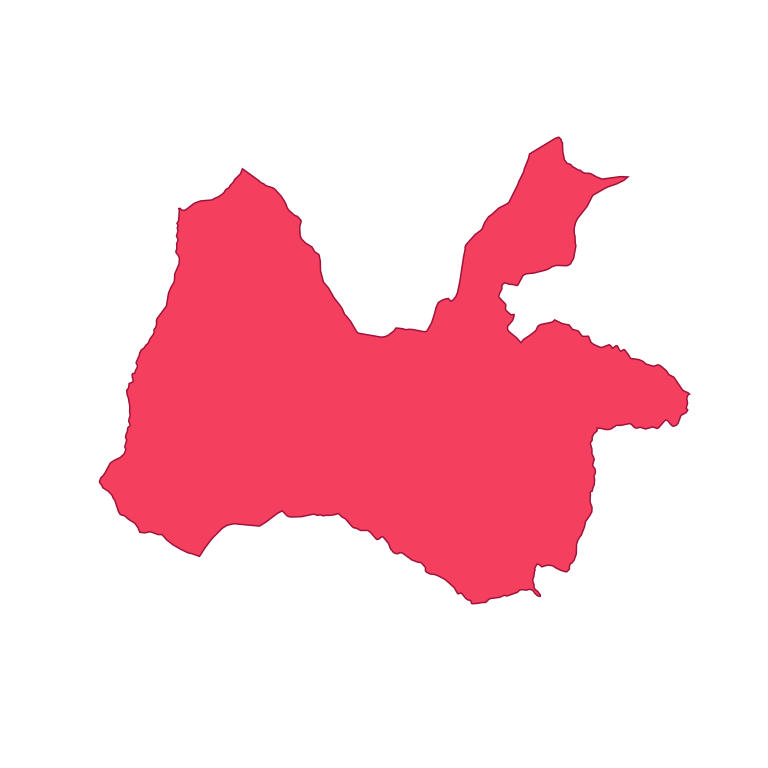 Atahualpa, El Oro, Ecuador (orthographic projection), rotated 169°
{"feature_id": "8360857B45777368126824", "entity_name": "Atahualpa", "entity_type": "district", "adm_level": 2, "iso_a3": "ECU", "parent_name": "Ecuador", "parent_adm1": "El Oro", "projection": "orthographic", "projection_center": [-79.756, -3.557], "detail": "fine", "context": "isolated", "style": "filled", "palette": "rose", "viewbox_px": 768, "rotation_deg": 169, "n_neighbors": 0, "source": "geoboundaries", "source_scale": "gbopen_adm2", "svg_char_len": 6157}
<svg xmlns="http://www.w3.org/2000/svg" viewBox="0 0 768 768"><g transform="rotate(169 384 384)"><path d="M334.0,150.8L330.1,150.8L325.7,150.2L322.7,152.3L320.7,153.1L311.2,152.5L306.2,153.7L304.3,152.6L303.3,152.5L293.0,154.0L289.9,155.9L287.1,155.6L283.4,154.4L280.7,154.8L278.3,153.7L277.0,152.4L275.7,149.5L274.4,147.7L273.4,146.6L271.3,145.7L270.8,146.5L270.9,147.3L272.9,151.4L274.5,153.1L275.3,154.6L275.5,156.3L275.0,158.8L275.6,161.2L275.3,163.7L273.7,166.3L272.3,170.7L271.1,172.8L271.4,174.1L268.2,178.0L266.3,177.2L263.9,174.4L258.1,175.0L253.2,173.5L250.4,170.7L246.4,167.6L241.3,164.9L240.1,164.9L237.3,166.9L236.8,169.6L235.9,171.3L235.0,172.1L233.4,172.6L230.8,175.1L227.6,180.6L225.6,189.8L223.8,193.2L221.1,196.5L219.4,197.7L214.5,205.4L212.5,210.4L207.1,215.6L204.4,218.8L203.3,223.4L204.1,227.8L203.9,230.7L202.5,235.7L202.4,237.6L201.9,238.7L200.0,239.2L198.8,242.2L196.9,244.9L195.5,249.9L195.5,253.7L193.8,255.7L193.2,257.5L193.1,260.4L194.8,264.0L193.2,268.0L192.1,269.4L192.3,272.3L193.2,275.7L192.3,280.6L192.8,286.0L192.4,287.1L190.3,289.2L189.8,292.0L187.7,294.9L183.7,297.4L183.3,300.1L179.2,298.9L174.7,296.9L171.8,296.4L169.4,296.7L163.8,299.1L159.5,298.2L150.6,298.3L149.1,297.5L146.4,293.5L144.7,292.5L140.6,292.6L135.8,289.9L128.4,290.6L124.4,288.2L122.7,288.7L115.4,294.4L113.7,294.8L112.5,293.8L110.0,289.1L108.6,287.6L107.7,287.3L104.9,287.7L102.7,289.5L98.5,296.5L93.0,298.2L91.0,300.1L90.9,301.0L92.1,302.4L89.7,307.1L89.5,312.4L87.9,315.0L86.7,315.8L86.1,315.8L87.3,317.5L90.7,319.7L92.2,321.4L98.1,335.3L102.7,339.0L104.3,343.2L108.5,348.4L110.1,350.0L111.6,350.6L115.7,349.9L122.8,353.4L125.6,356.9L129.1,359.3L137.1,362.1L138.3,365.7L141.3,371.8L142.6,372.0L144.8,371.0L145.6,371.1L146.5,372.6L147.5,376.5L148.2,377.2L149.3,377.2L152.7,375.4L154.3,378.5L155.6,379.6L163.0,378.3L164.7,378.8L168.4,381.2L171.5,383.7L172.8,385.4L174.2,391.9L179.9,392.8L181.0,394.3L182.8,398.5L184.2,399.6L188.5,401.6L191.1,406.7L197.3,409.1L204.3,414.4L205.8,413.2L207.9,412.6L218.6,412.5L220.7,412.0L222.3,411.0L224.1,408.2L225.9,406.8L231.9,403.8L238.6,401.1L241.6,398.4L245.3,404.4L250.7,410.8L252.3,413.7L251.7,417.0L245.8,421.7L243.7,425.1L243.0,427.4L246.3,427.8L250.1,432.9L250.5,434.2L249.4,438.0L249.5,439.3L254.8,447.5L253.7,450.2L250.1,454.9L249.5,458.2L247.4,460.0L245.4,460.0L242.4,458.2L237.9,456.8L234.7,455.3L233.8,455.5L227.5,463.2L226.1,464.3L223.5,465.0L215.7,464.3L203.5,465.0L200.3,465.6L196.9,467.0L192.4,467.6L182.0,465.2L178.9,465.8L177.4,467.0L173.8,471.4L169.3,482.9L169.3,486.1L168.3,492.9L168.5,495.0L167.7,500.4L165.2,505.8L162.7,509.3L150.8,519.5L143.2,529.3L129.9,533.9L125.8,534.9L117.6,536.0L109.7,538.1L105.1,540.7L111.1,542.2L114.4,542.6L130.7,543.5L135.8,546.7L140.6,550.8L142.4,551.7L146.7,552.6L148.8,554.1L150.4,556.3L152.4,556.9L157.8,561.8L158.8,563.8L162.3,565.8L164.1,569.7L164.2,577.8L162.8,586.7L163.6,588.8L163.5,590.2L165.3,592.9L168.6,592.6L197.2,582.1L199.2,577.7L205.1,568.6L206.6,565.4L213.3,556.6L214.5,554.3L226.5,538.8L228.5,537.5L237.7,534.8L247.0,529.2L249.4,528.3L254.3,523.4L258.1,517.6L259.8,516.3L265.8,513.5L277.0,505.0L278.3,502.9L278.6,500.8L281.6,493.7L289.9,470.4L294.4,459.7L297.0,455.9L299.6,453.7L302.1,452.5L302.9,452.9L304.5,455.7L306.7,455.8L310.1,455.4L315.1,453.7L318.2,449.3L321.3,442.7L325.6,435.0L331.7,427.8L334.1,427.5L345.7,432.1L349.3,433.0L352.0,433.1L355.4,434.8L361.5,436.7L364.3,434.1L370.9,430.9L374.4,430.2L377.7,430.5L398.8,438.5L400.1,439.3L401.1,441.2L404.7,451.6L408.0,457.9L409.3,459.5L410.6,465.6L412.0,469.2L416.6,478.2L420.1,488.7L424.0,495.6L424.7,507.4L423.1,516.5L423.1,522.9L423.5,523.8L426.8,527.0L428.6,532.3L434.0,537.2L437.3,542.1L438.0,545.6L437.0,552.8L436.5,555.1L434.4,559.1L434.3,560.5L437.0,565.0L439.8,566.8L444.1,572.5L445.4,575.3L445.9,579.2L447.0,582.8L449.1,588.0L454.0,596.1L456.1,598.0L462.6,601.5L463.0,602.6L467.3,606.1L467.8,607.2L481.9,622.3L484.8,617.7L491.6,613.2L493.6,610.7L497.1,608.3L498.5,606.4L502.0,605.2L505.3,601.8L510.4,599.5L515.2,598.4L517.6,597.5L529.2,598.7L534.5,597.9L536.3,597.4L544.6,593.2L546.9,592.5L549.5,593.4L550.5,595.3L552.0,595.4L551.8,593.5L554.3,583.9L556.6,581.1L555.8,579.2L557.2,576.6L557.1,573.4L559.5,568.8L558.5,564.9L560.8,561.3L561.5,556.5L563.1,553.6L562.9,552.2L561.6,549.8L560.8,546.5L562.4,540.7L568.4,532.0L569.9,525.9L570.9,523.7L575.1,519.0L578.1,514.5L582.8,501.9L594.2,491.6L595.3,489.6L595.7,486.7L596.6,484.4L597.3,483.1L599.3,481.5L599.9,478.4L601.0,476.7L605.3,472.7L607.7,469.0L610.4,467.5L612.7,465.1L615.7,463.8L617.8,461.2L619.0,458.4L623.1,452.6L623.3,451.7L622.5,449.5L623.1,447.4L625.4,444.6L626.5,442.2L628.8,442.1L629.5,441.3L629.8,437.8L629.4,435.7L629.7,434.9L630.9,433.7L634.1,433.1L635.3,429.2L637.8,426.8L638.2,422.2L637.6,419.3L637.8,410.5L638.9,405.9L639.3,401.1L640.8,398.8L641.7,395.9L640.9,392.5L641.6,391.4L643.8,390.0L645.2,386.1L646.7,383.9L647.7,381.6L647.9,380.6L647.2,378.2L650.5,371.8L649.9,369.5L650.6,367.7L652.4,365.0L656.8,362.2L663.4,360.5L667.7,358.7L674.9,349.9L677.4,347.4L679.7,346.1L681.9,342.8L681.8,341.3L680.4,338.3L679.8,335.8L675.1,331.3L672.3,327.0L671.7,324.0L670.4,320.9L669.0,309.6L668.1,306.9L667.2,305.8L663.8,304.1L660.6,299.9L655.2,295.0L652.9,289.9L652.0,285.0L647.2,283.5L641.7,283.6L634.4,279.3L630.5,278.4L626.9,272.2L621.7,266.3L614.7,260.2L608.8,255.8L604.8,254.0L598.0,250.0L591.3,257.0L582.6,264.9L569.9,273.4L565.3,275.2L558.0,275.5L533.4,268.3L526.4,270.9L513.5,277.3L508.1,278.9L504.2,273.0L502.4,271.8L500.3,271.1L490.2,269.5L477.7,269.7L474.6,267.8L471.3,267.6L468.5,266.1L466.1,266.2L463.0,265.5L457.7,265.1L454.3,265.5L453.1,265.3L451.0,261.9L447.5,258.8L442.7,250.4L441.4,248.8L438.5,247.6L434.9,244.7L427.8,243.3L425.5,240.8L420.9,232.8L418.8,232.7L415.5,234.5L414.0,234.0L410.0,226.6L409.1,221.1L406.9,216.9L404.9,215.4L403.2,214.8L400.3,215.3L398.3,214.7L390.2,206.0L385.6,203.1L381.6,201.5L378.7,196.7L378.4,195.6L379.0,192.8L378.1,191.0L374.9,188.7L371.0,187.5L368.2,185.9L363.0,181.9L360.7,179.7L354.0,170.8L351.7,164.2L350.8,163.8L348.7,164.3L347.8,163.8L344.5,157.7L342.9,156.1L340.2,154.8L340.0,152.3L339.5,151.5L334.0,150.8Z" fill="#f43f5e" stroke="#9f1239" stroke-width="1.5"/></g></svg>